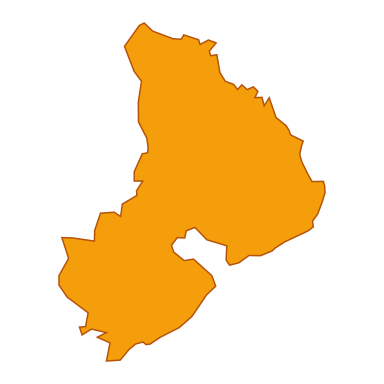 Beaufort, South Carolina, United States of America
{"feature_id": "52423323B11454809492263", "entity_name": "Beaufort", "entity_type": "district", "adm_level": 2, "iso_a3": "USA", "parent_name": "United States of America", "parent_adm1": "South Carolina", "projection": "orthographic", "projection_center": [-80.723, 32.391], "detail": "fine", "context": "isolated", "style": "filled", "palette": "amber", "viewbox_px": 384, "rotation_deg": 0, "n_neighbors": 0, "source": "geoboundaries", "source_scale": "gbopen_adm2", "svg_char_len": 1469}
<svg xmlns="http://www.w3.org/2000/svg" viewBox="0 0 384 384"><path d="M124.5,46.4L134.1,71.3L141.5,81.3L138.3,102.3L138.5,122.0L146.9,138.3L148.1,148.1L147.6,152.8L142.3,153.8L134.3,171.6L134.2,181.0L142.7,181.1L136.5,190.9L136.9,195.4L122.4,204.0L120.6,216.5L114.1,212.2L100.5,213.2L94.7,230.4L94.4,241.1L72.9,238.0L61.9,237.6L68.6,258.4L59.0,275.5L59.0,285.1L67.2,297.1L88.1,312.8L85.6,326.6L79.5,327.1L82.1,334.9L91.4,329.1L106.4,332.6L97.3,337.2L110.0,342.9L106.5,361.0L120.2,360.1L129.1,349.4L135.6,344.0L141.5,342.4L143.0,342.1L146.1,344.6L150.2,344.0L160.5,337.1L179.2,327.6L191.8,316.6L206.7,294.7L215.7,286.2L211.8,275.6L193.5,259.1L184.3,260.6L183.5,260.0L173.7,252.1L171.5,245.3L177.3,237.6L184.7,238.0L186.3,230.8L189.0,229.7L195.0,227.5L206.9,239.8L222.5,244.5L226.8,245.9L226.1,260.1L229.6,265.2L238.9,262.8L248.9,255.5L260.5,255.7L272.1,250.9L274.9,248.2L284.7,241.9L308.2,230.8L313.3,226.9L312.5,221.2L317.7,214.0L322.7,200.5L325.0,192.7L324.7,186.2L323.3,181.4L312.1,181.6L307.5,173.5L301.8,161.8L301.6,161.3L299.7,154.3L301.7,145.4L303.2,141.1L290.6,134.9L289.0,130.4L286.2,125.8L276.0,117.5L269.2,97.8L264.2,105.8L262.0,97.4L254.9,97.6L257.9,91.3L253.3,86.8L247.2,89.6L241.8,84.8L237.6,89.5L233.6,84.4L225.3,81.3L219.9,72.5L216.8,54.7L210.7,55.7L209.3,51.1L216.1,42.9L208.4,40.0L200.1,44.5L198.6,39.8L183.8,34.9L181.2,39.3L172.9,38.7L152.6,31.1L144.2,23.0L139.3,25.5L130.2,38.3L124.5,46.4Z" fill="#f59e0b" stroke="#b45309" stroke-width="1.5"/></svg>